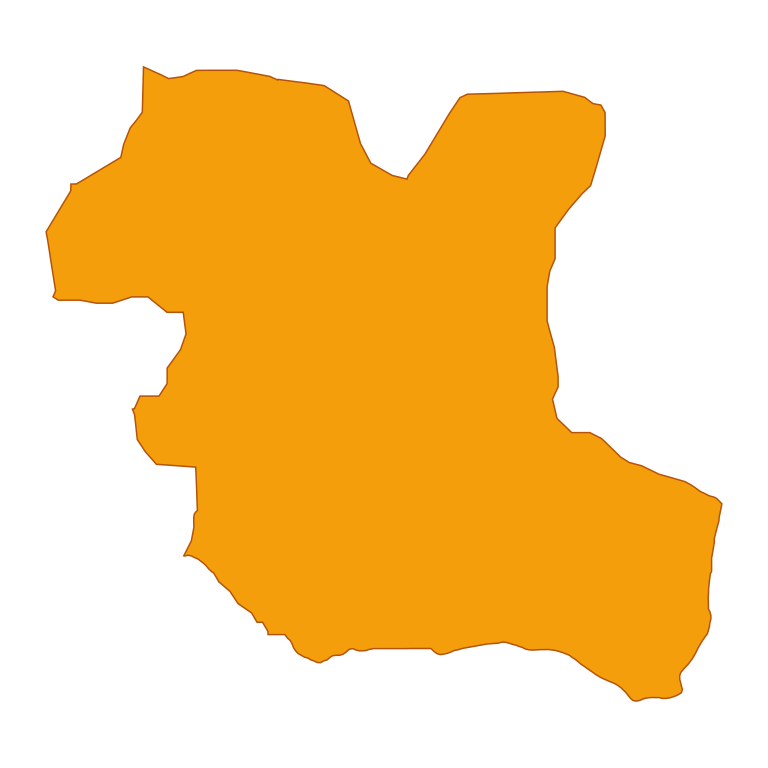 the district of Ar Radmah, Ibb, Yemen
{"feature_id": "15242507B58608751958716", "entity_name": "Ar Radmah", "entity_type": "district", "adm_level": 2, "iso_a3": "YEM", "parent_name": "Yemen", "parent_adm1": "Ibb", "projection": "natural_earth1", "projection_center": [44.57, 14.211], "detail": "fine", "context": "isolated", "style": "filled", "palette": "amber", "viewbox_px": 768, "rotation_deg": 0, "n_neighbors": 0, "source": "geoboundaries", "source_scale": "gbopen_adm2", "svg_char_len": 4568}
<svg xmlns="http://www.w3.org/2000/svg" viewBox="0 0 768 768"><path d="M46.1,231.8L47.3,238.2L48.5,245.4L50.1,255.9L51.0,261.8L53.3,276.3L55.6,290.9L53.0,296.8L58.3,300.2L80.0,300.2L90.1,302.0L96.3,303.2L108.2,303.2L110.5,303.2L112.6,303.2L118.7,301.2L129.1,297.8L129.6,297.6L131.6,296.9L141.8,296.9L147.9,296.9L148.6,297.4L153.7,301.6L155.0,302.6L159.2,306.0L167.0,312.3L168.5,312.3L179.8,312.3L183.2,312.3L184.4,321.2L184.6,323.3L185.3,328.2L186.0,334.0L183.8,340.2L181.0,348.3L180.6,349.5L179.1,351.6L167.2,368.0L167.1,382.5L167.1,383.7L164.4,387.8L163.0,389.9L159.0,396.1L142.8,396.1L141.0,396.1L140.0,396.1L139.7,396.7L134.5,408.6L132.4,409.1L134.6,414.8L136.0,427.4L136.7,434.2L136.9,435.9L137.0,436.5L137.3,439.6L145.5,452.0L146.9,453.5L156.4,464.3L164.8,464.9L195.7,467.1L196.3,480.7L196.8,494.0L197.0,500.6L197.4,510.4L195.4,512.4L194.2,514.4L193.8,517.2L193.7,520.5L193.9,527.2L192.6,534.3L191.3,541.0L189.2,545.1L183.8,555.8L184.8,556.0L188.1,555.2L191.6,556.0L194.6,557.6L197.8,558.9L200.7,561.1L203.7,563.4L206.3,565.9L208.6,568.8L211.3,571.4L213.8,573.1L214.3,574.0L219.0,582.0L229.9,591.3L231.3,593.4L238.1,603.7L251.7,613.0L256.7,621.7L257.1,622.3L260.1,622.3L262.5,622.2L268.0,631.5L268.0,634.6L284.9,634.6L285.4,635.4L287.6,638.2L290.4,640.7L292.1,643.9L293.5,647.6L295.7,651.0L298.0,653.4L301.4,655.4L304.5,657.2L307.8,658.0L310.7,659.8L314.1,661.0L317.2,662.5L320.5,662.7L323.3,661.1L323.7,660.8L327.1,659.9L328.5,658.7L329.8,657.5L332.7,655.7L336.1,655.3L339.6,655.3L343.1,654.2L346.1,652.1L349.2,649.3L352.2,648.7L352.9,648.7L356.0,650.0L356.3,650.1L357.3,650.3L359.3,650.9L362.7,650.8L364.0,650.7L366.0,650.5L369.3,649.4L372.5,648.8L373.5,648.6L387.8,648.6L398.3,648.6L399.9,648.6L405.0,648.6L410.5,648.5L416.8,648.5L425.4,648.5L428.1,648.5L430.7,648.5L431.7,649.2L434.2,651.6L437.0,653.6L437.7,653.8L438.2,654.0L440.2,654.6L443.6,654.1L447.2,653.4L450.9,652.0L454.2,650.5L457.5,649.9L461.0,648.9L462.5,648.4L485.3,644.3L487.1,644.0L498.6,643.1L499.4,642.8L502.5,642.1L505.9,642.3L509.1,643.2L513.0,644.5L516.1,645.2L519.0,646.4L522.3,647.4L525.4,649.0L528.8,649.8L532.6,650.1L535.7,649.9L538.8,649.7L541.9,649.6L545.0,649.6L548.4,649.5L551.5,649.9L555.3,650.4L559.5,651.6L562.8,652.6L566.0,653.9L569.4,655.3L572.5,657.6L575.2,659.3L578.5,662.0L581.2,664.3L583.9,666.1L586.8,668.2L589.5,670.1L592.9,672.4L595.9,674.6L598.9,676.4L601.9,678.1L605.8,679.8L608.9,681.2L612.2,682.5L615.3,683.9L618.4,685.8L620.9,687.7L623.5,690.2L625.9,692.5L628.3,695.6L630.5,698.3L633.0,700.5L636.1,701.1L639.5,700.5L642.6,699.2L645.5,698.2L649.1,697.7L652.2,697.5L656.0,697.6L659.2,697.6L662.3,698.4L665.7,698.4L669.1,698.0L672.2,697.1L673.9,696.5L675.2,696.1L678.4,694.6L681.3,692.8L682.4,689.5L681.4,685.9L680.6,682.6L679.7,679.2L679.7,675.5L680.9,672.3L683.2,669.6L685.7,666.8L688.1,664.3L690.2,661.5L691.4,659.9L692.3,658.8L694.1,655.7L695.9,652.5L697.5,649.1L699.4,645.6L701.9,641.5L704.8,637.2L707.3,633.8L708.4,630.4L709.4,626.6L709.9,622.7L710.9,619.0L710.9,615.5L710.0,612.1L708.4,608.8L708.4,605.3L708.3,600.7L708.2,597.2L708.5,593.4L708.6,588.7L709.4,581.1L710.3,574.1L711.6,571.2L711.6,558.2L713.2,549.0L714.3,542.4L714.3,538.5L717.4,526.3L718.9,521.1L719.1,517.5L721.4,506.5L721.9,503.8L716.6,498.4L713.4,496.9L710.1,496.1L707.1,494.8L704.1,493.2L700.6,491.6L699.2,490.6L697.6,489.5L694.5,487.2L694.3,487.1L691.2,485.0L687.9,483.2L684.9,481.6L658.7,474.1L641.7,465.8L629.3,462.5L620.6,457.1L614.6,451.2L601.6,438.6L589.8,432.6L571.7,432.6L567.3,428.3L565.6,426.7L560.9,422.2L557.0,418.5L552.5,399.1L556.2,391.0L556.8,389.7L558.1,387.0L558.1,376.6L556.9,367.4L556.4,363.3L554.4,347.8L554.4,347.6L549.1,328.5L547.1,320.8L547.1,286.7L548.4,279.1L549.8,271.2L551.0,268.3L555.1,258.8L555.1,227.8L568.7,209.2L582.2,193.6L590.6,185.6L593.0,177.7L595.1,170.8L605.2,135.9L605.1,113.0L605.1,112.7L604.4,111.4L601.0,105.1L593.0,103.6L588.8,100.5L584.8,97.4L570.1,93.3L563.0,91.3L562.8,91.3L541.2,92.0L520.4,92.6L505.2,93.1L500.3,93.3L467.3,94.2L459.9,97.7L449.2,113.8L424.9,154.2L408.4,175.3L406.9,179.1L392.1,175.4L383.7,170.6L381.9,169.5L370.8,163.2L360.5,143.6L348.5,101.0L348.0,100.7L332.7,91.0L324.1,85.6L307.0,83.1L302.3,82.5L297.4,81.9L277.9,79.4L277.6,80.0L271.5,77.2L269.7,76.4L263.9,75.3L244.3,71.6L237.1,70.3L232.6,70.3L223.5,70.3L210.0,70.3L196.4,70.4L193.0,71.9L182.8,76.6L181.4,76.8L168.7,78.6L161.0,74.8L143.5,66.9L142.8,94.8L142.3,112.2L142.0,112.6L136.7,119.9L130.2,127.9L123.7,144.3L120.8,157.4L104.2,167.3L97.6,171.3L76.6,183.9L73.4,184.0L70.9,184.0L70.8,188.4L70.8,190.8L46.1,231.8Z" fill="#f59e0b" stroke="#b45309" stroke-width="1.5"/></svg>